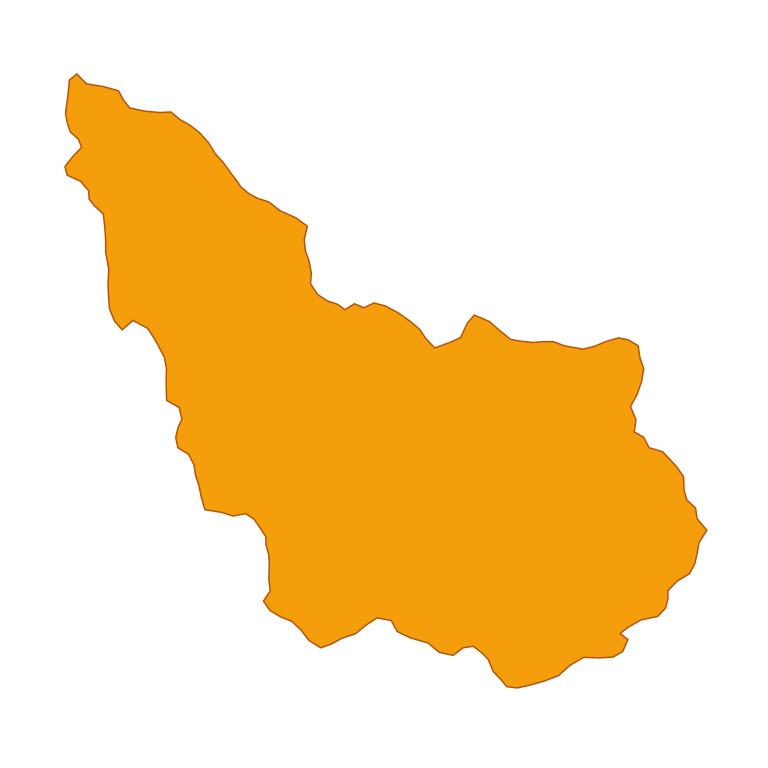 Minduri, Minas Gerais, Brazil, rotated 272°
{"feature_id": "56859067B90662257408012", "entity_name": "Minduri", "entity_type": "district", "adm_level": 2, "iso_a3": "BRA", "parent_name": "Brazil", "parent_adm1": "Minas Gerais", "projection": "robinson", "projection_center": [-44.604, -21.675], "detail": "fine", "context": "isolated", "style": "filled", "palette": "amber", "viewbox_px": 768, "rotation_deg": 272, "n_neighbors": 0, "source": "geoboundaries", "source_scale": "gbopen_adm2", "svg_char_len": 2341}
<svg xmlns="http://www.w3.org/2000/svg" viewBox="0 0 768 768"><g transform="rotate(272 384 384)"><path d="M249.1,711.7L260.3,701.6L270.8,699.7L278.8,690.6L288.3,687.6L301.8,686.6L311.6,679.3L317.9,673.0L326.0,664.9L329.6,651.1L339.8,645.4L344.9,635.7L357.0,637.1L370.1,631.1L382.2,637.3L395.7,641.4L408.3,643.0L419.5,638.8L431.1,636.7L436.7,626.4L438.3,616.9L434.4,604.9L429.0,593.0L425.8,582.0L427.1,572.3L428.5,562.8L432.1,552.4L432.0,542.5L430.7,531.6L431.6,518.6L433.0,508.9L440.7,498.8L450.2,487.0L456.0,471.8L447.7,465.1L433.0,458.9L427.9,448.5L421.8,433.5L431.1,424.0L439.7,417.9L447.7,407.8L455.8,395.4L462.1,382.5L464.6,371.1L459.5,361.2L463.2,351.7L456.9,342.4L462.1,334.7L464.9,324.7L471.2,314.4L481.6,307.1L492.4,307.5L504.0,304.9L514.3,300.8L525.7,299.2L539.0,301.9L547.1,289.9L553.4,274.3L562.0,262.3L565.2,251.0L569.4,242.5L575.7,234.4L582.7,229.1L589.9,223.2L599.3,216.0L608.4,207.2L618.8,200.4L628.6,191.0L635.8,181.1L641.2,170.8L648.4,161.5L647.5,150.5L648.4,134.5L651.0,120.3L658.7,113.7L667.7,108.4L671.4,93.4L673.6,76.2L683.1,66.2L676.8,59.0L667.9,58.5L655.6,57.5L643.9,56.3L635.4,57.9L625.1,61.6L617.9,70.1L609.9,73.5L600.7,65.2L590.1,57.5L581.5,60.2L576.0,73.7L566.9,82.0L558.5,82.9L551.7,88.7L544.1,97.6L530.6,99.5L519.4,100.7L505.8,101.3L489.3,104.9L473.9,104.7L461.2,105.7L449.7,107.0L437.4,112.6L429.0,120.5L438.8,130.9L431.3,145.9L420.4,153.6L411.3,158.8L403.2,163.5L392.0,166.1L380.5,166.1L370.5,166.7L360.1,167.3L353.3,180.1L341.7,183.3L333.5,179.7L323.2,177.7L313.0,180.3L307.0,191.0L296.7,196.9L286.0,198.9L276.0,202.6L266.0,205.0L252.2,209.3L249.9,226.9L246.8,238.0L249.6,250.4L244.1,259.1L235.2,265.6L227.1,271.3L218.9,271.7L209.1,274.9L198.7,275.7L185.3,275.7L173.2,277.5L162.8,271.1L153.7,277.9L147.9,288.3L143.7,299.8L135.8,309.1L125.0,318.1L118.1,330.0L122.4,340.7L128.7,351.3L133.4,364.2L142.5,374.6L150.0,385.1L147.9,399.5L137.1,405.8L131.3,418.9L126.7,437.0L117.8,448.5L115.2,462.5L123.2,472.4L125.0,482.4L118.3,491.7L112.0,498.0L100.7,503.0L92.6,511.3L85.8,517.2L84.9,527.9L88.2,540.5L93.1,555.5L98.6,568.5L109.2,579.6L117.8,593.0L117.8,609.2L119.1,622.5L125.0,631.9L137.1,636.7L142.9,628.8L149.2,636.1L157.3,649.3L161.3,665.7L169.9,673.2L179.0,675.2L187.4,675.0L197.4,684.1L205.1,695.9L214.9,700.7L224.9,702.8L236.1,704.2L249.1,711.7Z" fill="#f59e0b" stroke="#b45309" stroke-width="1.5"/></g></svg>